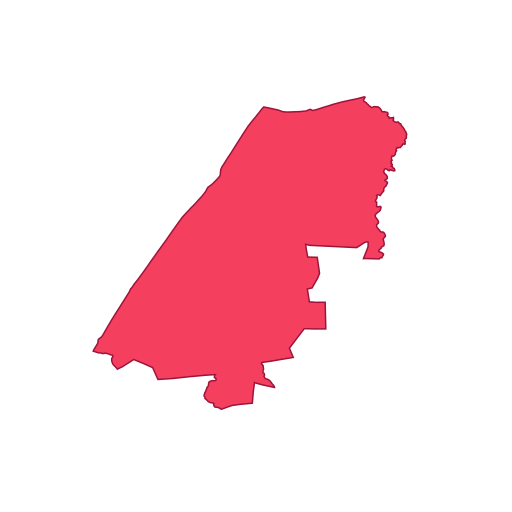 outline of Kapseret, Rift Valley, Kenya, rotated 66°
{"feature_id": "3690345B11020389245436", "entity_name": "Kapseret", "entity_type": "district", "adm_level": 2, "iso_a3": "KEN", "parent_name": "Kenya", "parent_adm1": "Rift Valley", "projection": "orthographic", "projection_center": [35.238, 0.421], "detail": "fine", "context": "isolated", "style": "filled", "palette": "rose", "viewbox_px": 512, "rotation_deg": 66, "n_neighbors": 0, "source": "geoboundaries", "source_scale": "gbopen_adm2", "svg_char_len": 5544}
<svg xmlns="http://www.w3.org/2000/svg" viewBox="0 0 512 512"><g transform="rotate(66 256 256)"><path d="M305.0,139.2L303.8,140.0L303.1,140.8L301.9,141.9L300.8,141.5L300.2,140.0L299.9,138.7L299.1,137.9L298.7,136.5L298.5,134.9L297.3,134.1L296.2,133.7L294.4,133.3L292.4,133.0L291.5,131.7L291.0,130.4L290.4,129.6L289.4,129.4L288.2,129.4L286.6,129.7L285.7,130.3L285.1,131.6L284.1,132.6L282.7,132.5L281.8,133.1L280.7,133.3L279.3,133.8L277.8,133.7L276.5,133.0L275.8,131.0L274.8,130.2L273.7,130.2L272.5,130.2L270.6,130.6L269.0,131.0L267.5,130.8L266.3,129.1L265.6,126.7L265.3,125.2L264.6,123.7L263.2,122.6L262.2,121.9L261.1,122.4L260.9,124.2L259.9,125.7L258.2,124.9L255.9,123.9L254.6,124.6L253.6,123.8L252.1,121.8L250.9,121.2L249.9,121.3L249.5,119.9L250.3,118.8L251.3,118.0L250.5,116.7L250.0,115.7L249.2,114.8L249.0,113.5L248.2,112.6L247.2,112.4L246.2,111.5L245.4,110.6L245.0,108.9L243.9,107.6L243.2,106.6L242.2,105.9L241.3,106.4L240.1,107.1L239.2,107.4L239.0,106.2L238.6,104.6L236.9,103.8L235.3,104.0L234.3,104.3L233.4,104.8L232.2,105.0L231.2,105.2L230.3,104.5L229.4,103.8L228.9,102.6L229.3,101.6L230.3,101.0L231.6,100.4L232.3,99.4L231.7,98.4L232.9,97.3L233.5,96.4L234.3,95.7L234.5,94.5L233.2,94.1L232.1,94.2L231.3,95.0L229.9,95.0L229.0,95.9L228.6,94.8L227.7,94.2L226.5,95.1L225.8,94.2L224.3,94.0L223.9,92.7L222.5,92.9L221.2,92.1L220.0,91.1L220.6,90.2L220.5,88.6L219.8,87.5L218.5,86.6L217.5,85.7L217.1,84.8L216.0,85.1L215.4,84.2L214.3,82.9L215.1,82.2L215.1,81.1L215.6,80.0L214.8,78.6L214.4,77.5L213.6,76.8L213.5,75.7L214.3,75.1L214.3,74.1L212.9,73.7L212.1,73.0L210.9,73.2L210.0,72.6L209.5,70.8L208.6,70.2L207.4,69.9L206.2,68.8L204.9,68.8L203.5,68.6L201.9,69.0L200.4,69.0L199.2,69.2L197.9,69.5L196.7,69.9L195.1,70.1L194.0,70.1L193.4,71.1L192.2,71.2L191.2,71.8L191.1,73.2L190.2,74.3L188.9,75.3L187.6,75.6L186.7,74.5L185.3,74.1L185.1,75.4L184.5,76.8L184.3,78.3L183.0,78.0L182.0,78.7L180.7,78.9L180.2,77.7L179.0,77.4L177.8,78.0L177.2,79.2L176.2,80.1L176.0,81.3L175.4,82.1L174.0,82.3L172.5,82.4L171.3,82.8L170.1,83.4L169.2,84.1L168.7,85.4L167.7,86.9L167.5,88.1L167.6,89.2L167.2,90.2L165.8,90.8L164.9,91.6L163.5,91.9L162.2,92.6L160.9,92.9L159.7,93.7L158.2,94.6L157.2,94.3L156.3,93.1L155.3,91.8L154.6,92.5L153.4,100.0L152.1,105.8L150.6,113.0L150.4,114.0L150.2,115.1L149.0,122.6L148.8,123.8L148.7,125.0L148.3,128.6L148.2,129.6L148.0,130.8L147.6,134.1L146.8,141.8L146.1,145.1L144.2,146.6L143.9,147.9L143.9,149.6L143.9,151.6L143.3,153.0L142.5,155.4L142.1,156.7L141.5,158.2L138.0,167.0L137.4,168.5L136.8,169.7L135.2,172.7L131.5,176.5L130.6,177.8L126.7,183.1L123.0,188.3L124.0,190.7L124.8,192.2L125.5,193.5L126.3,195.0L127.3,197.0L128.1,198.5L128.6,199.4L129.5,201.3L130.3,203.0L130.8,203.9L133.7,209.5L134.3,210.6L134.9,211.4L137.0,214.8L138.7,217.4L139.5,218.6L140.7,220.4L141.3,221.3L142.0,222.4L143.1,224.1L143.7,224.9L144.6,226.3L145.9,228.3L148.5,232.2L149.1,233.0L149.6,233.9L151.1,236.0L151.7,236.9L152.3,237.9L155.6,243.1L157.2,245.4L158.0,246.6L158.8,247.8L160.4,250.4L161.9,252.2L162.8,253.1L164.7,254.2L167.5,255.8L168.3,256.6L169.5,259.1L170.4,261.2L170.8,262.3L171.3,263.6L172.4,266.3L173.1,269.2L173.7,272.1L176.3,275.4L177.4,277.2L177.9,278.2L179.1,280.5L179.9,282.2L180.7,284.2L183.1,289.5L184.3,292.4L184.9,294.0L185.3,295.2L186.9,298.8L188.9,303.6L189.5,305.0L190.2,306.6L190.7,307.7L191.8,309.6L192.8,311.3L193.4,312.5L194.2,313.8L198.4,320.9L202.0,326.9L204.4,330.8L210.9,342.0L215.6,350.0L218.3,354.6L221.6,360.0L223.5,363.2L225.8,367.1L226.3,368.0L227.0,369.3L228.3,371.5L229.9,374.4L230.7,375.9L231.2,377.0L232.4,379.2L234.2,381.9L234.7,383.1L235.1,384.1L235.9,384.8L237.4,386.6L241.1,392.1L243.5,395.7L247.9,402.3L251.8,408.2L255.7,413.9L257.6,416.6L263.8,425.2L264.7,426.4L266.0,428.2L266.7,429.4L267.2,430.5L268.0,434.0L271.3,436.0L272.2,437.3L273.2,438.7L274.0,439.9L275.1,441.4L275.9,442.6L276.8,443.4L277.7,442.3L278.4,441.5L279.6,440.2L280.7,438.9L281.3,437.2L282.6,436.1L283.1,434.9L283.2,433.8L284.0,432.4L285.2,430.8L286.4,429.8L287.5,428.5L288.5,427.3L289.9,427.8L290.8,429.4L292.1,430.1L293.4,430.5L294.6,430.7L296.6,430.7L298.0,430.3L300.1,429.5L301.3,429.1L303.0,428.7L302.8,423.0L302.4,420.6L301.9,416.8L300.8,409.8L308.3,402.7L315.9,395.8L328.9,395.8L333.9,382.3L339.2,365.8L344.2,351.2L345.7,347.0L347.8,341.5L348.4,342.5L350.1,343.5L351.3,342.6L352.5,342.5L353.3,343.5L353.0,344.9L352.2,346.3L351.9,347.8L351.8,349.6L352.5,350.7L353.8,351.5L355.5,352.6L356.1,354.3L357.1,355.0L358.0,356.0L359.1,356.9L359.9,358.2L361.2,359.2L361.9,360.0L363.0,360.4L364.3,360.0L365.4,360.6L366.7,359.9L368.1,359.3L369.5,358.9L370.4,358.2L371.6,357.1L372.4,355.6L373.5,354.5L374.7,355.2L375.9,355.3L377.0,355.2L377.8,354.2L378.5,353.0L379.5,351.7L380.8,350.7L381.7,350.3L382.0,349.1L382.3,344.5L382.8,338.7L383.2,337.3L385.1,330.7L389.0,319.2L378.9,313.7L371.1,308.9L376.3,302.6L383.6,292.6L382.5,292.4L381.1,292.6L379.5,293.2L377.9,293.5L376.5,293.8L375.2,294.3L374.1,294.9L372.9,296.0L372.2,297.0L370.8,297.6L369.1,297.6L368.2,296.6L366.7,296.3L365.4,297.1L364.0,296.4L362.8,295.4L362.0,294.9L360.7,294.7L359.3,294.1L357.8,294.4L356.1,294.7L355.7,293.7L358.2,285.0L360.6,275.5L363.8,263.2L353.8,263.0L342.0,241.5L346.9,231.2L351.0,221.9L337.8,216.4L326.4,211.6L324.9,215.0L322.7,220.1L319.6,225.9L307.0,222.5L308.0,217.8L301.0,208.3L297.7,205.0L282.1,200.6L278.0,209.2L269.8,207.2L265.5,205.9L267.9,203.0L289.3,160.6L288.0,152.4L287.8,149.8L289.0,147.9L293.2,149.9L302.1,158.9L303.2,156.3L308.8,144.6L308.1,143.0L308.8,141.8L307.7,140.5L306.9,139.2L306.0,138.7L305.0,139.2Z" fill="#f43f5e" stroke="#9f1239" stroke-width="1.5"/></g></svg>